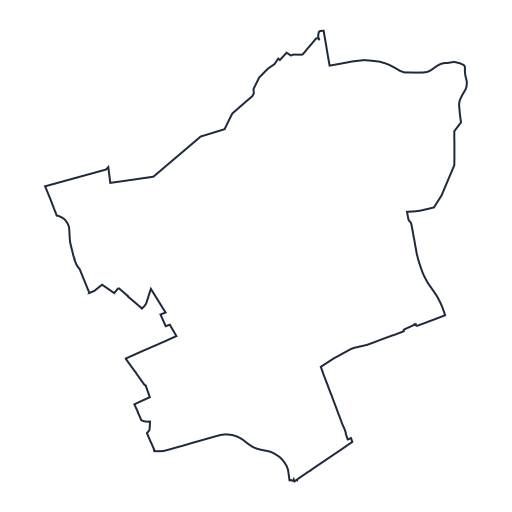 Drimmelen, Noord-Brabant, Netherlands (Mercator projection)
{"feature_id": "6326949B3496624998105", "entity_name": "Drimmelen", "entity_type": "district", "adm_level": 2, "iso_a3": "NLD", "parent_name": "Netherlands", "parent_adm1": "Noord-Brabant", "projection": "mercator", "projection_center": [4.754, 51.698], "detail": "fine", "context": "isolated", "style": "outline", "palette": "slate", "viewbox_px": 512, "rotation_deg": 0, "n_neighbors": 0, "source": "geoboundaries", "source_scale": "gbopen_adm2", "svg_char_len": 5746}
<svg xmlns="http://www.w3.org/2000/svg" viewBox="0 0 512 512"><path d="M45.1,186.3L50.9,200.4L54.3,209.4L54.7,210.5L55.6,212.5L56.7,215.6L57.0,215.7L58.7,216.0L60.5,216.8L61.7,217.4L62.6,217.9L63.2,218.3L63.6,218.6L64.4,219.3L65.0,219.9L65.4,220.3L66.0,221.1L67.2,222.9L67.6,223.5L68.0,224.3L68.2,224.8L68.8,226.5L69.0,227.4L69.1,228.2L69.2,229.1L69.3,230.0L69.6,236.2L70.0,241.5L70.6,244.3L71.3,247.3L72.7,252.8L73.4,255.9L74.6,259.1L74.3,259.3L76.2,264.0L76.5,264.6L76.8,265.2L77.2,266.0L77.8,266.8L79.7,269.2L80.9,272.2L86.4,285.7L88.6,291.1L89.3,292.8L89.2,293.0L89.9,292.8L89.9,292.7L94.1,291.0L94.3,290.9L102.1,284.7L114.2,293.1L117.7,288.9L118.5,288.0L118.4,287.9L121.1,290.2L122.5,291.4L128.3,296.4L128.3,296.5L128.1,296.7L134.7,302.2L140.0,306.8L140.2,307.0L140.3,307.0L141.1,307.7L141.8,308.4L141.7,308.5L141.8,308.6L144.0,306.5L144.3,306.2L144.6,305.9L145.8,304.1L146.1,303.7L146.3,303.1L147.5,299.5L148.8,295.2L150.9,288.9L158.9,301.8L163.1,308.6L165.6,312.5L160.5,314.5L165.7,326.2L169.8,324.7L176.4,336.1L170.3,338.8L165.2,341.2L161.6,342.7L156.7,344.9L153.1,346.4L148.6,348.4L145.3,349.8L140.3,352.0L125.8,358.5L125.7,358.7L125.9,359.0L126.8,360.2L129.2,363.6L133.5,369.5L135.5,372.2L135.7,372.5L135.8,372.5L136.4,373.5L137.2,374.7L138.6,376.6L143.4,383.4L144.5,384.9L144.7,385.1L145.7,385.4L145.8,385.5L145.8,386.1L146.0,386.4L146.6,388.1L149.8,397.2L146.0,398.9L134.4,404.3L136.2,408.4L136.3,408.4L138.0,412.4L137.9,412.7L138.1,413.2L138.5,413.7L141.3,420.2L142.2,420.6L143.0,420.9L143.9,421.2L144.8,421.4L145.7,421.5L147.4,421.7L148.3,421.7L149.2,421.7L150.0,421.6L149.7,427.6L149.3,430.3L146.9,433.2L147.4,434.2L147.5,434.4L147.9,435.4L148.8,437.5L149.5,439.0L149.8,439.9L151.6,443.7L154.5,450.4L154.2,450.4L154.3,450.7L154.2,450.8L154.4,451.0L154.5,451.2L158.7,451.2L160.6,451.2L162.8,451.0L163.9,450.9L165.2,450.6L171.4,448.9L175.5,447.7L182.9,445.7L192.2,442.9L198.4,441.2L200.8,440.5L215.6,436.3L220.0,435.1L220.9,434.9L221.8,434.8L223.1,434.6L224.1,434.5L225.2,434.4L227.6,434.5L228.6,434.6L230.4,434.8L231.2,434.9L232.0,435.0L233.6,435.4L235.1,435.9L236.6,436.4L237.6,436.8L238.2,437.1L239.8,437.9L240.4,438.2L241.3,438.8L242.2,439.3L243.6,440.3L245.8,442.1L248.3,444.0L249.4,444.7L251.8,446.4L253.2,447.1L254.2,447.6L255.4,448.1L256.7,448.6L257.6,448.9L258.9,449.2L260.7,449.7L267.7,451.1L268.7,451.3L270.8,451.9L273.2,453.0L274.8,453.9L276.1,454.7L278.0,455.9L279.4,456.9L280.6,458.0L282.3,459.7L283.4,461.1L284.9,463.1L286.3,465.4L286.6,466.0L287.7,468.9L288.0,469.7L289.0,476.5L289.4,479.8L289.6,480.4L291.1,480.0L291.5,480.3L291.8,480.4L292.5,480.8L293.2,480.7L293.7,479.5L294.0,480.4L294.0,480.6L293.9,480.7L294.3,481.3L294.4,481.2L294.6,481.3L296.6,479.9L296.9,479.8L297.0,479.7L297.1,479.8L297.1,479.7L297.3,479.4L297.5,479.2L303.4,475.1L308.7,471.5L309.5,471.2L311.2,470.0L311.3,469.8L316.4,466.3L341.0,449.7L352.3,441.9L352.0,441.0L351.0,438.1L347.8,439.5L347.6,439.2L345.8,433.9L345.8,433.6L345.9,433.2L345.8,432.9L344.7,429.5L344.4,428.8L342.1,423.7L341.9,423.0L339.2,415.7L338.5,414.2L336.3,408.0L333.0,399.4L332.1,396.8L331.0,393.9L330.9,393.9L326.6,382.4L326.3,381.9L326.0,380.9L323.7,375.0L322.7,372.1L322.2,370.7L321.6,369.2L321.6,368.9L320.8,366.8L330.7,360.4L333.6,358.5L348.0,350.6L350.9,349.0L354.3,347.8L367.0,344.9L376.5,341.4L378.4,340.6L383.5,338.7L393.6,335.0L393.5,334.9L393.7,335.1L402.7,331.7L403.0,331.5L403.0,331.4L403.8,331.1L403.7,330.6L403.7,330.3L403.7,330.1L403.8,329.9L404.1,329.6L404.4,329.4L405.5,328.9L407.1,328.1L412.4,325.7L412.8,325.5L413.4,325.1L414.0,324.6L414.6,324.1L414.8,324.1L415.6,324.2L415.2,325.1L417.1,325.8L418.5,325.3L419.8,324.8L421.3,324.3L425.4,322.8L428.1,321.7L430.9,320.7L433.6,319.7L438.5,317.8L445.1,315.3L443.6,310.7L442.8,308.5L442.0,306.4L441.1,304.3L439.9,301.8L439.5,301.0L438.2,298.5L437.0,296.4L436.2,295.0L434.2,292.1L430.6,286.9L430.2,286.4L427.9,283.0L426.7,280.9L426.1,279.8L425.5,278.7L423.9,275.6L422.6,272.6L421.8,270.4L420.7,267.4L420.1,265.4L419.9,265.0L419.7,264.1L419.3,263.1L418.5,260.6L417.8,258.1L417.5,256.6L417.1,255.2L416.8,254.0L416.3,251.3L415.7,247.7L415.4,246.5L414.7,242.3L414.2,239.4L413.8,237.5L413.6,236.5L413.4,235.4L412.9,232.3L412.7,231.4L412.2,228.6L411.6,225.4L411.3,224.1L411.2,223.8L411.2,223.5L411.0,223.2L410.9,222.9L410.7,222.5L410.1,221.8L409.6,221.4L409.3,220.9L409.2,220.8L408.4,219.3L407.0,211.8L409.2,211.7L414.2,211.4L419.6,210.8L424.9,209.6L426.7,209.2L434.0,207.4L441.6,195.3L454.3,165.2L454.4,157.8L454.4,143.2L454.3,137.1L454.3,133.9L454.3,131.2L460.1,123.6L461.0,122.4L459.9,114.3L459.6,111.1L459.2,106.4L459.1,103.9L459.4,101.9L460.0,99.7L460.8,97.9L462.4,94.8L464.8,90.7L465.6,89.3L466.4,87.0L466.7,84.5L466.9,82.6L466.4,79.8L465.8,77.5L465.2,74.5L464.9,71.5L464.9,68.5L464.9,67.3L464.5,65.7L463.3,64.8L461.9,64.2L459.8,63.2L454.0,61.9L448.1,62.9L444.1,63.1L440.6,64.0L437.5,65.6L436.6,66.2L430.8,70.3L427.4,71.9L423.4,72.5L416.1,72.6L404.3,72.4L400.1,70.9L395.0,67.9L389.7,65.1L385.2,63.3L379.3,61.6L372.2,60.8L364.2,60.1L352.7,61.4L339.4,63.9L330.8,65.4L329.6,65.6L327.0,50.7L326.3,46.3L323.6,30.7L322.6,30.8L320.5,31.0L319.9,31.2L319.4,31.4L319.2,31.6L319.0,31.8L318.9,31.9L318.8,32.2L318.7,32.7L318.3,34.5L318.2,35.7L318.2,36.5L318.4,37.5L318.6,38.2L319.1,39.2L319.0,39.3L318.8,39.0L318.7,38.8L318.3,38.6L318.1,38.4L317.8,38.3L317.2,38.3L316.9,38.3L316.4,38.5L316.0,38.7L315.9,38.7L315.3,39.4L310.4,45.3L307.1,49.0L306.4,50.0L305.7,50.9L303.7,53.2L302.7,54.3L302.2,54.6L301.9,54.7L294.5,54.6L293.3,54.6L291.1,55.4L290.9,55.5L286.6,52.7L279.9,60.0L278.3,58.6L274.4,64.2L268.1,68.5L259.2,77.5L253.5,89.0L253.8,93.5L252.4,96.1L245.6,101.9L232.3,113.5L228.4,121.3L224.6,129.2L200.7,136.5L153.4,176.7L110.3,182.9L108.3,167.1L106.1,169.5L45.1,186.3Z" fill="none" stroke="#1e293b" stroke-width="2"/></svg>